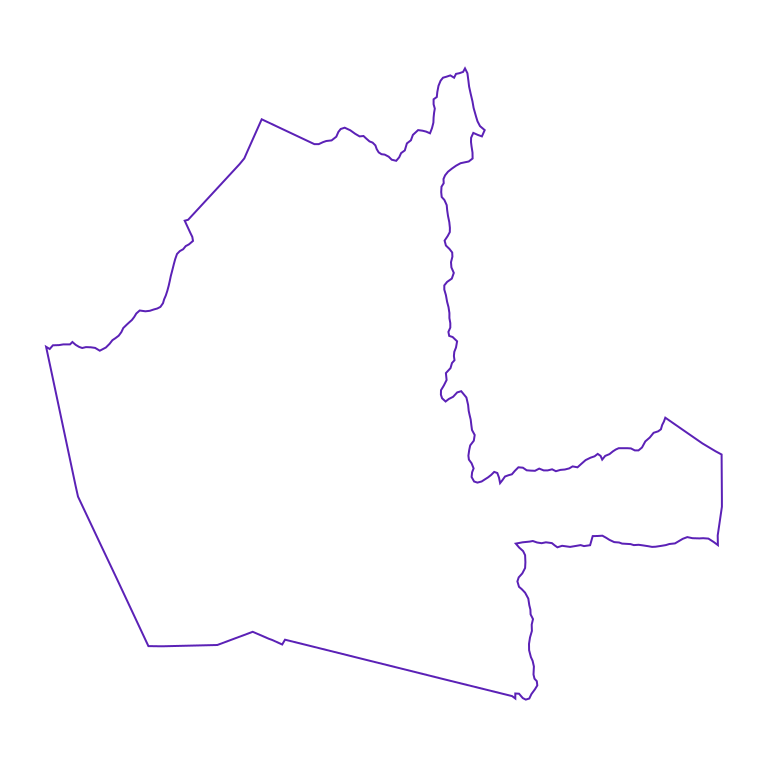 the district of Barras, Piauí, Brazil
{"feature_id": "56859067B60592668068421", "entity_name": "Barras", "entity_type": "district", "adm_level": 2, "iso_a3": "BRA", "parent_name": "Brazil", "parent_adm1": "Piauí", "projection": "equal_earth", "projection_center": [-42.271, -4.158], "detail": "fine", "context": "isolated", "style": "outline", "palette": "violet", "viewbox_px": 768, "rotation_deg": 0, "n_neighbors": 0, "source": "geoboundaries", "source_scale": "gbopen_adm2", "svg_char_len": 4544}
<svg xmlns="http://www.w3.org/2000/svg" viewBox="0 0 768 768"><path d="M721.9,506.8L721.9,498.0L721.6,454.5L715.6,451.3L702.4,443.4L698.5,440.7L665.3,417.7L663.9,421.6L662.2,424.9L660.9,429.3L658.2,431.3L653.6,432.8L649.8,437.5L645.3,441.4L642.0,447.5L638.5,450.4L634.8,450.4L630.9,448.4L627.2,448.2L622.8,448.2L618.7,448.2L615.8,449.5L613.0,451.3L609.5,454.1L605.2,455.9L602.2,459.6L600.6,455.9L597.7,453.9L594.6,456.3L590.5,457.7L585.6,460.1L581.4,463.8L577.5,467.3L572.6,466.4L569.2,468.4L564.9,469.5L560.4,469.9L555.9,471.2L552.1,469.3L547.7,470.4L543.7,470.4L539.2,468.6L535.0,470.8L530.5,470.6L526.7,470.3L522.9,467.7L518.4,467.3L514.9,470.8L511.9,474.3L508.6,475.2L505.0,476.5L502.4,480.2L500.1,483.1L499.0,477.6L497.3,473.0L494.2,471.9L491.2,474.9L488.0,477.4L485.0,479.3L481.6,481.5L477.4,482.6L474.1,481.5L471.6,477.0L472.1,472.3L473.6,468.4L471.6,463.3L468.9,459.6L468.4,455.7L469.2,450.1L470.2,445.4L473.8,440.7L474.7,435.0L472.0,430.0L471.3,424.8L470.7,419.6L469.6,415.0L468.7,410.9L468.1,404.9L466.4,397.5L461.2,391.2L457.2,392.4L453.1,396.8L448.8,399.0L445.6,401.5L442.1,398.3L440.9,394.7L441.0,390.2L443.9,385.4L446.6,380.0L445.9,373.1L450.5,368.1L452.0,363.0L454.5,360.2L453.9,356.0L454.3,351.8L456.0,347.5L457.1,341.3L452.6,337.0L449.2,335.9L448.4,331.9L450.3,327.6L450.3,323.1L449.4,318.1L449.4,313.0L448.5,307.1L447.1,301.8L445.9,295.1L444.3,289.6L444.3,285.4L447.1,281.9L451.8,278.6L453.8,272.9L451.4,267.4L451.0,262.2L452.4,256.7L452.2,252.5L449.5,249.0L445.9,245.5L444.6,240.6L447.7,236.0L449.8,232.1L449.9,227.9L449.3,222.2L448.0,215.9L447.2,210.4L446.7,205.1L444.4,200.0L441.7,197.0L441.2,192.1L441.5,186.7L443.7,183.2L443.5,179.0L445.1,175.3L448.0,171.7L451.9,168.6L456.2,165.6L460.6,163.2L464.8,162.3L468.7,161.5L472.6,158.5L472.5,152.6L471.5,146.1L471.0,142.0L471.1,137.8L473.3,132.9L477.8,134.9L481.9,136.4L484.7,130.1L480.0,126.1L477.5,121.3L476.2,117.1L474.9,112.5L473.6,107.9L472.5,101.5L470.7,93.9L469.1,86.6L468.4,80.7L467.4,73.2L465.0,68.4L463.1,71.9L459.4,73.2L456.0,73.9L454.1,77.7L450.3,75.4L446.5,76.7L443.0,77.7L440.6,80.7L438.5,85.8L437.3,92.1L436.8,97.0L433.6,99.3L433.6,104.3L434.8,108.6L434.1,112.7L433.6,117.5L433.4,122.6L432.0,128.1L430.0,133.3L426.1,131.6L422.5,130.7L418.1,130.1L412.9,134.9L410.9,140.3L406.9,143.4L404.8,150.4L401.1,153.1L399.2,157.3L396.2,160.8L391.7,159.7L388.7,156.7L384.7,154.6L381.5,154.2L378.7,152.4L376.7,149.1L375.4,145.4L372.6,142.6L369.5,141.4L366.3,138.6L363.5,136.0L359.6,136.4L355.2,133.8L350.3,130.3L344.7,127.7L340.7,129.0L338.4,131.9L336.3,136.7L331.6,140.4L326.3,141.0L323.1,142.1L318.8,144.1L314.3,144.1L261.7,119.3L247.5,151.1L244.3,158.4L239.6,164.1L188.1,219.8L184.7,220.7L187.3,226.3L190.4,233.0L192.3,236.9L193.0,240.9L188.9,244.4L185.7,246.1L183.2,249.2L179.8,251.1L177.0,254.0L175.2,259.1L173.9,263.9L172.9,267.9L171.8,272.2L170.8,276.0L169.8,280.8L168.7,285.7L167.3,290.9L165.8,295.5L164.1,299.4L163.0,303.2L160.4,306.9L157.3,308.5L153.7,309.5L149.8,310.8L145.4,311.3L139.7,310.5L136.3,313.5L134.2,317.0L131.9,320.0L129.3,322.3L126.7,324.7L123.3,328.0L121.3,332.2L118.7,335.7L115.4,338.2L112.4,340.2L109.6,343.8L105.9,347.5L99.8,350.7L95.1,347.9L90.9,347.3L86.0,347.1L82.2,348.0L79.1,346.9L75.6,344.8L72.4,342.0L70.0,344.4L66.5,344.4L63.3,344.4L59.0,345.1L52.9,345.3L49.7,349.0L46.1,346.8L51.2,370.7L75.7,486.3L78.0,496.6L100.4,544.1L116.8,578.7L148.4,646.1L161.9,646.3L217.3,645.0L252.7,631.8L268.9,638.8L272.0,639.9L282.2,644.5L285.0,639.7L306.5,645.0L361.1,658.6L366.3,659.9L398.5,667.9L442.2,678.8L512.1,696.1L515.3,698.5L515.3,693.5L519.0,693.7L522.8,698.1L525.8,699.6L529.3,698.5L531.4,694.1L535.0,689.2L537.3,685.4L536.8,681.2L534.5,678.7L533.5,674.5L533.9,666.5L532.6,660.8L530.9,657.1L529.1,650.2L529.0,643.9L530.0,637.5L531.9,630.9L531.7,624.6L533.0,619.1L530.6,614.4L530.4,609.6L529.3,605.2L528.3,598.6L525.1,592.7L521.8,589.2L519.0,586.8L517.4,581.4L518.7,577.4L522.3,573.4L525.1,568.0L525.4,562.2L525.1,555.2L523.1,551.1L519.2,547.6L515.8,543.6L522.6,542.3L529.6,541.6L532.8,541.0L537.1,542.5L541.6,543.2L545.9,542.3L551.9,543.1L554.7,545.4L557.4,547.3L562.1,545.8L570.1,546.9L576.7,545.8L580.6,545.1L584.0,546.1L590.1,545.2L592.7,536.1L597.5,536.0L602.4,535.7L606.0,537.7L609.5,539.9L614.2,542.1L619.1,542.5L622.1,543.6L625.7,543.8L630.6,544.1L633.8,545.1L638.7,544.8L643.0,545.4L648.2,546.2L652.1,546.9L655.7,546.7L661.6,545.8L665.8,545.1L669.4,544.0L675.0,543.4L682.8,538.8L687.3,537.1L692.5,538.2L699.5,538.4L703.2,538.2L708.4,538.6L713.7,542.0L717.9,545.1L717.7,535.5L721.9,506.8Z" fill="none" stroke="#5b21b6" stroke-width="2"/></svg>